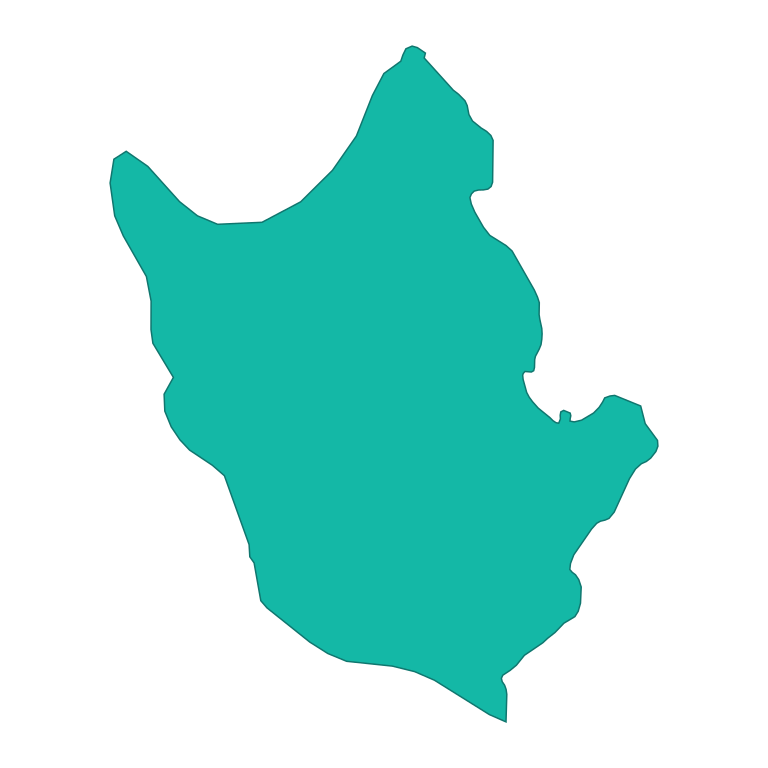 the border of Paphos
{"feature_id": "CYP-3465", "entity_name": "Paphos", "entity_type": "District", "adm_level": 1, "iso_a3": "CYP", "parent_name": "Cyprus", "parent_adm1": "", "projection": "albers", "projection_center": [32.601, 34.919], "detail": "fine", "context": "isolated", "style": "filled", "palette": "teal", "viewbox_px": 768, "rotation_deg": 0, "n_neighbors": 0, "source": "natural_earth", "source_scale": "10m", "svg_char_len": 1969}
<svg xmlns="http://www.w3.org/2000/svg" viewBox="0 0 768 768"><path d="M506.0,721.9L489.4,714.6L434.4,680.2L414.6,671.6L392.3,666.1L346.6,661.3L327.8,653.5L309.8,642.1L267.0,607.9L260.8,600.7L254.1,562.9L249.8,556.8L249.1,544.6L224.4,475.7L212.4,465.3L189.6,450.1L180.0,439.9L171.2,426.8L164.8,411.1L164.1,394.2L173.4,377.4L152.9,343.3L151.0,329.6L151.1,301.1L146.4,276.5L123.3,235.9L114.7,215.8L110.1,183.0L113.9,159.2L126.2,151.3L147.8,166.4L179.5,201.6L197.4,215.8L217.6,224.3L262.0,222.3L300.7,201.8L332.5,170.3L356.4,136.0L372.4,95.5L383.9,73.5L400.8,61.2L402.9,55.0L405.9,48.8L412.1,46.1L417.4,47.6L425.4,53.1L424.2,58.0L453.3,90.2L458.6,94.3L465.0,100.8L467.2,105.6L468.9,114.5L472.5,121.0L481.0,127.9L486.6,131.4L490.9,135.5L493.1,140.4L492.6,182.2L491.1,186.5L487.9,189.1L483.3,189.9L478.6,190.0L474.2,191.1L471.5,193.8L469.9,197.6L471.3,204.0L474.8,212.1L483.5,227.3L489.8,235.4L506.1,245.6L512.1,251.0L534.3,290.0L537.5,297.1L539.3,302.7L539.1,314.5L539.8,319.2L541.8,328.5L542.1,333.8L541.8,339.3L541.0,344.7L539.2,349.1L535.4,356.4L534.7,359.7L534.5,367.4L533.7,370.7L531.4,372.0L524.9,371.5L523.2,373.5L522.7,375.3L523.1,379.4L526.7,392.5L529.2,397.2L532.6,401.8L538.2,408.1L550.0,417.7L553.0,420.7L556.0,422.7L558.7,423.2L560.4,419.0L560.2,415.2L560.8,411.9L563.7,410.4L570.2,413.1L570.8,415.8L570.2,418.6L570.0,421.1L574.2,421.9L581.5,420.2L593.6,413.0L599.1,407.4L602.7,401.9L604.7,397.9L610.0,396.0L614.7,395.4L640.7,406.0L645.2,423.6L657.5,440.4L657.9,446.2L655.9,451.5L650.7,458.1L646.3,461.5L641.4,463.7L635.5,469.0L629.5,478.6L614.2,512.1L609.0,518.4L605.0,520.1L600.4,521.2L596.7,523.3L591.6,529.0L573.8,554.8L570.5,563.5L569.8,569.5L572.2,572.3L575.5,574.8L578.8,579.7L581.2,587.0L580.5,603.2L578.2,611.3L574.9,616.6L563.9,623.2L555.0,632.5L547.5,638.4L542.9,642.7L524.4,655.3L516.4,665.2L510.1,670.4L502.8,675.2L501.4,678.3L502.2,681.7L504.6,685.2L506.1,689.4L506.8,694.4L506.0,721.9Z" fill="#14b8a6" stroke="#0f766e" stroke-width="1.5"/></svg>